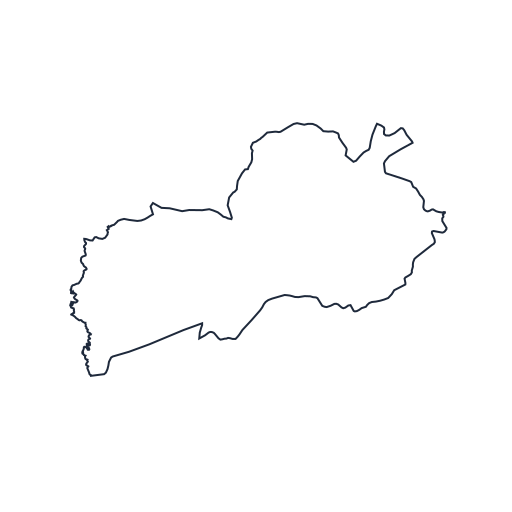 Ezeris, Caras-Severin, Romania (Natural Earth projection), rotated 113°
{"feature_id": "2599482B45431507680180", "entity_name": "Ezeris", "entity_type": "district", "adm_level": 2, "iso_a3": "ROU", "parent_name": "Romania", "parent_adm1": "Caras-Severin", "projection": "natural_earth1", "projection_center": [21.931, 45.399], "detail": "fine", "context": "isolated", "style": "outline", "palette": "slate", "viewbox_px": 512, "rotation_deg": 113, "n_neighbors": 0, "source": "geoboundaries", "source_scale": "gbopen_adm2", "svg_char_len": 6056}
<svg xmlns="http://www.w3.org/2000/svg" viewBox="0 0 512 512"><g transform="rotate(113 256 256)"><path d="M430.8,361.1L424.1,349.6L422.0,348.6L418.2,348.5L414.5,349.1L410.9,350.0L406.1,349.7L404.5,348.6L393.8,335.5L379.0,319.7L352.5,293.8L339.0,279.3L340.6,278.6L343.8,278.4L348.6,277.8L354.1,276.0L348.9,271.9L345.0,269.7L344.0,268.7L343.5,267.8L343.2,266.5L343.2,264.8L343.9,263.2L346.4,258.4L346.9,256.1L345.8,254.4L344.4,252.6L343.6,251.0L342.3,249.7L341.8,247.8L341.5,245.1L340.3,242.4L337.3,241.3L334.7,240.6L329.4,239.6L317.0,235.1L304.5,231.0L300.9,230.2L297.2,229.9L294.6,229.2L291.8,227.5L288.9,224.5L280.7,214.4L279.9,211.9L279.2,209.4L278.8,206.8L278.5,204.2L277.3,200.9L273.9,195.5L271.9,190.3L271.6,187.4L270.7,184.6L270.8,183.0L276.0,175.5L275.9,172.9L275.4,171.0L272.7,167.9L269.5,165.2L268.6,163.4L268.5,161.4L269.9,157.2L270.0,155.3L268.6,153.6L265.5,151.7L264.3,149.8L268.4,144.6L268.4,143.4L267.3,141.6L265.2,139.9L262.7,138.4L259.8,135.0L257.6,134.5L255.5,133.6L255.1,133.4L253.1,131.4L251.1,127.8L248.7,124.3L246.0,121.0L243.0,117.9L238.1,116.1L233.5,115.4L223.9,107.4L222.5,107.9L218.8,110.4L217.4,110.1L214.9,108.2L212.3,106.4L210.2,106.1L208.6,106.9L204.5,107.4L202.5,108.3L200.4,108.9L196.7,109.0L194.2,107.8L177.2,98.4L175.3,97.1L173.4,96.8L172.0,97.5L170.8,98.3L166.2,103.1L164.7,103.5L163.6,102.3L161.7,93.7L161.3,93.1L160.1,92.1L159.4,91.8L157.0,91.2L155.7,91.6L151.1,98.1L148.8,99.2L148.1,99.2L146.7,98.8L146.1,99.1L145.1,100.1L144.1,99.7L143.8,100.1L143.0,99.9L142.4,99.0L141.9,99.2L142.0,99.8L142.3,100.5L143.2,101.4L144.1,105.1L144.4,107.5L143.9,111.3L144.6,112.4L146.4,113.7L147.8,115.3L148.0,116.3L148.0,117.4L147.8,118.4L147.3,119.7L145.7,121.1L139.7,122.9L138.4,124.0L136.8,126.4L135.7,129.0L133.4,131.9L131.3,135.0L130.9,138.4L127.3,142.0L127.1,143.8L127.6,151.9L129.1,168.7L128.1,170.2L120.8,174.4L118.3,174.3L112.1,172.4L101.2,164.5L90.6,156.1L89.6,157.1L85.6,164.7L82.3,168.7L81.2,170.8L81.7,172.6L88.7,176.4L93.0,180.3L94.3,183.6L93.7,185.8L91.6,186.8L89.3,187.3L87.7,188.4L87.0,191.6L87.0,196.3L89.9,196.4L98.8,196.2L105.5,195.2L112.0,193.6L114.2,193.8L116.3,195.7L118.7,197.4L123.9,199.4L129.2,201.1L131.2,203.1L128.4,212.8L122.5,214.1L121.2,215.3L118.0,220.7L114.5,225.9L112.6,226.9L111.8,227.6L111.1,228.5L111.1,231.0L111.2,233.8L113.3,238.2L114.8,242.8L113.4,246.2L112.2,251.3L112.3,255.5L114.0,259.7L116.3,262.9L117.7,270.1L119.8,273.0L125.0,276.9L132.0,281.9L132.6,282.7L133.1,283.6L133.5,285.3L134.1,287.0L138.0,293.9L143.9,296.5L145.1,297.3L146.5,297.8L148.4,299.2L150.5,300.5L153.0,303.1L157.5,303.3L159.2,302.2L160.3,300.3L163.0,299.9L168.4,297.4L171.6,296.9L176.7,297.6L179.2,297.4L180.6,299.9L185.4,301.2L194.1,302.1L199.0,300.8L202.2,299.7L205.3,300.8L206.4,301.8L212.6,303.6L220.4,301.9L225.7,297.0L230.2,293.2L231.7,293.1L232.4,296.6L232.2,298.8L232.6,301.4L231.6,304.6L230.7,308.3L230.8,313.2L231.2,317.3L234.8,323.3L239.8,335.5L243.6,341.5L245.8,354.1L248.6,361.8L247.5,371.6L251.6,372.4L257.9,367.1L260.3,369.0L263.0,370.8L265.6,372.8L268.2,375.6L270.1,378.9L272.3,386.7L273.4,391.9L275.5,394.7L277.6,396.8L278.9,397.2L282.7,398.8L283.7,400.1L285.1,401.1L284.9,401.3L286.9,402.7L286.3,403.4L287.2,403.9L288.6,402.2L290.5,403.4L291.7,401.8L292.1,401.5L292.5,401.6L294.2,401.1L298.1,402.0L300.3,404.1L301.2,407.7L301.0,410.5L301.9,411.8L305.6,412.5L306.5,415.0L306.7,418.6L307.0,419.9L307.3,420.8L308.5,420.2L310.0,418.7L310.3,417.7L310.7,417.4L311.3,417.2L313.9,418.1L314.6,418.0L315.1,417.7L315.6,416.5L316.1,416.0L318.0,415.9L318.5,415.6L320.8,413.5L321.5,413.1L322.2,413.1L324.4,415.5L325.8,416.1L326.3,416.1L328.5,415.5L329.2,415.0L330.3,413.9L331.0,412.0L331.8,411.3L332.6,410.3L333.1,408.0L333.5,407.5L334.0,406.9L334.4,406.8L334.7,406.9L336.0,408.1L337.0,408.7L337.7,408.6L338.6,407.9L341.7,407.7L342.7,407.1L344.4,407.7L347.1,407.8L349.0,408.3L349.9,408.4L350.8,408.9L351.6,410.2L353.7,412.1L354.7,413.4L356.4,413.8L358.2,413.3L359.0,413.5L359.5,413.5L359.7,413.4L359.6,412.8L362.4,411.8L362.4,411.3L362.3,410.9L361.3,411.0L360.1,410.6L360.7,410.0L361.3,409.9L361.8,409.4L361.8,409.2L361.5,409.0L361.1,408.8L361.6,406.6L361.7,406.4L361.9,406.4L364.5,407.3L365.3,407.4L366.0,406.5L366.4,405.5L366.7,403.2L366.9,402.8L367.1,402.7L368.5,403.1L369.5,404.2L369.5,404.9L369.7,405.2L370.4,405.6L369.8,405.9L369.8,406.1L370.4,407.6L370.4,408.1L370.6,408.1L371.2,407.7L371.1,407.2L371.4,407.2L371.8,407.9L372.0,407.9L372.0,407.1L372.7,406.7L372.6,405.9L373.1,405.9L373.3,407.8L373.9,407.8L374.2,407.6L374.7,406.8L375.6,406.1L375.6,405.0L375.7,404.6L375.4,403.5L376.2,402.7L377.3,402.4L378.2,401.7L379.2,401.3L379.4,401.7L379.6,401.9L379.8,401.9L380.1,401.7L381.8,403.2L382.1,403.2L382.2,400.8L382.7,398.9L383.5,397.2L383.8,395.4L384.2,394.3L384.2,393.4L383.5,392.4L383.4,391.5L384.0,390.6L384.2,389.8L384.4,387.7L384.1,386.9L384.9,386.6L385.8,385.8L387.3,385.4L387.6,384.6L387.9,384.2L388.4,383.9L388.9,383.9L389.1,383.5L389.3,382.5L389.6,381.9L390.6,382.0L391.4,381.7L391.8,380.9L391.9,378.8L392.0,378.5L392.3,378.5L392.7,378.2L392.6,377.4L392.8,377.4L393.3,378.2L394.4,378.8L395.8,378.6L396.8,376.5L397.1,376.5L397.4,377.0L398.4,377.6L399.4,377.5L400.1,377.0L400.7,375.2L400.9,375.0L401.4,375.1L402.1,374.6L402.2,374.3L403.1,374.1L403.7,374.8L403.7,375.0L403.4,375.3L403.2,375.8L402.9,375.6L402.5,375.8L402.5,376.1L402.3,376.4L402.3,376.7L402.6,377.2L403.0,377.5L404.5,376.8L404.6,376.2L404.8,375.9L405.2,375.8L405.4,376.0L405.7,375.9L405.9,375.6L406.0,375.1L405.8,374.1L406.9,373.0L407.6,373.1L408.0,374.3L407.3,375.0L407.1,375.5L406.4,375.5L406.5,378.1L406.7,378.6L407.3,378.8L408.6,378.3L410.5,378.2L411.4,378.4L412.4,378.3L412.5,378.0L412.0,377.7L412.5,377.4L413.3,377.8L413.6,377.7L413.8,376.9L413.7,376.6L414.4,375.8L414.3,375.3L414.5,374.6L414.4,374.0L415.6,374.1L417.2,373.0L417.5,372.2L417.3,371.2L417.3,370.6L418.1,370.6L419.0,369.5L421.1,370.1L422.0,370.1L422.4,369.9L422.7,369.7L422.8,369.3L422.8,368.7L423.1,367.2L423.4,367.2L423.7,367.6L423.9,367.7L425.1,367.5L428.5,364.1L429.7,363.2L430.1,362.4L430.1,361.5L430.8,361.1Z" fill="none" stroke="#1e293b" stroke-width="2"/></g></svg>